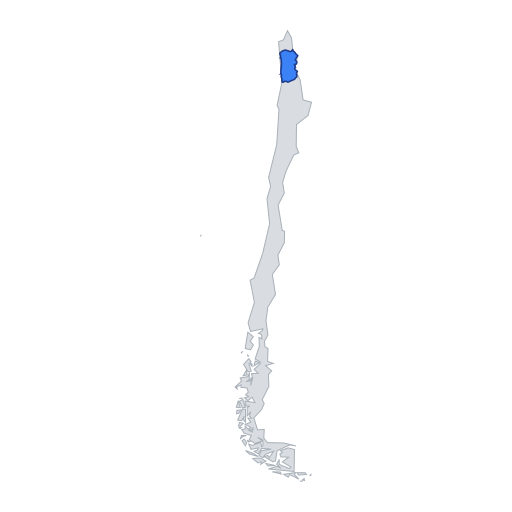 where Tarapacá sits in Chile
{"feature_id": "CHL-2693", "entity_name": "Tarapacá", "entity_type": "Region", "adm_level": 1, "iso_a3": "CHL", "parent_name": "Chile", "parent_adm1": "", "projection": "equal_earth", "projection_center": [-69.568, -20.2], "detail": "fine", "context": "in_parent", "style": "filled", "palette": "blue", "viewbox_px": 512, "rotation_deg": 0, "n_neighbors": 0, "source": "natural_earth", "source_scale": "10m", "svg_char_len": 6231}
<svg xmlns="http://www.w3.org/2000/svg" viewBox="0 0 512 512"><path d="M278.6,41.7L283.4,39.9L287.5,30.7L291.5,37.9L292.8,49.9L297.7,55.9L294.7,68.7L300.2,80.2L303.1,99.9L311.5,102.2L308.1,115.4L296.5,124.5L296.2,146.5L298.7,152.8L293.7,155.1L286.1,171.0L282.6,182.4L284.3,193.0L278.1,205.1L282.2,230.3L284.6,231.3L284.3,242.8L277.9,255.1L279.3,264.9L272.3,274.3L275.5,294.4L267.8,307.2L266.0,320.6L267.9,335.0L264.5,341.1L264.9,346.6L268.0,348.5L267.6,361.4L273.3,363.4L265.5,365.7L271.7,370.8L268.4,374.7L268.9,386.4L262.2,399.7L264.2,403.5L261.6,409.5L253.8,417.9L257.6,429.9L264.2,429.4L263.8,438.2L267.5,442.6L283.7,443.0L295.9,445.9L289.6,445.0L277.1,450.7L275.5,460.9L273.1,461.9L264.2,456.6L267.9,455.4L269.1,457.9L273.6,451.2L265.2,454.4L263.1,457.7L259.0,455.5L261.5,450.7L271.3,449.1L261.6,448.4L258.4,453.8L254.1,451.4L257.4,450.1L258.2,447.9L251.1,449.4L248.7,444.1L252.4,445.3L260.8,442.4L261.5,446.6L263.0,445.5L262.8,439.9L257.6,437.3L262.3,440.9L254.9,443.4L249.3,439.7L251.3,435.4L244.1,433.3L241.7,429.4L245.0,429.2L245.2,426.0L249.5,430.8L252.3,432.0L253.4,427.4L250.9,430.9L249.0,428.6L251.0,427.6L245.3,424.3L250.8,422.2L247.9,418.1L251.7,418.1L249.5,416.2L250.7,411.9L247.2,415.9L247.2,407.4L249.9,406.1L246.0,406.0L245.0,401.0L255.0,402.6L252.1,397.3L247.9,400.7L244.3,397.8L248.6,396.6L245.6,394.9L248.3,392.2L246.9,387.9L241.0,387.4L241.1,384.9L236.5,387.0L237.5,389.5L235.1,387.0L241.5,381.1L240.2,377.9L247.9,376.7L249.5,372.7L249.1,379.9L246.0,381.7L249.6,381.0L251.5,377.2L250.7,385.5L252.7,378.2L251.4,373.6L258.2,373.3L254.1,369.4L260.2,363.8L260.3,362.0L255.1,359.0L259.3,346.3L259.0,337.4L262.1,338.9L261.3,334.3L258.5,333.4L262.5,330.5L262.8,328.8L250.5,331.5L248.1,322.7L254.4,302.4L250.1,280.2L254.1,278.1L262.7,253.3L269.6,223.7L267.0,198.6L270.6,186.5L268.6,177.4L276.7,144.7L279.0,109.4L277.1,105.4L281.9,82.7L278.6,41.7ZM294.5,449.6L294.1,471.5L268.5,469.0L277.2,466.3L281.0,468.3L276.6,464.2L279.2,459.4L279.2,464.4L289.4,468.6L291.1,467.1L282.3,461.9L288.6,457.2L280.8,456.9L279.9,453.9L282.4,452.5L280.4,450.6L288.2,447.9L294.5,449.6ZM250.5,349.8L245.2,348.5L247.8,332.2L253.3,336.7L250.2,341.2L253.4,345.1L250.5,349.8ZM245.5,409.2L245.5,422.3L243.1,419.4L244.3,416.2L241.6,420.7L237.6,420.1L242.6,408.9L245.5,409.2ZM283.7,474.3L295.7,472.5L294.4,474.4L298.8,479.1L289.9,474.6L288.2,477.2L283.7,474.3ZM251.1,361.5L248.9,363.7L251.2,371.2L248.3,371.9L243.6,364.4L248.8,358.7L251.1,361.5ZM260.1,457.9L265.9,461.1L260.7,464.3L261.5,461.7L257.9,462.9L252.7,458.5L260.1,457.9ZM265.9,463.5L275.5,465.5L268.0,466.0L265.9,463.5ZM306.5,474.4L298.7,475.1L296.9,472.7L305.2,472.7L306.5,474.4ZM245.3,407.4L242.3,407.7L239.4,401.3L242.9,399.4L245.3,407.4ZM240.4,407.7L236.3,407.3L238.2,401.2L240.4,407.7ZM259.4,362.8L254.1,365.8L255.2,361.0L259.4,362.8ZM244.2,439.1L246.7,442.6L245.5,445.8L242.0,440.8L244.2,439.1ZM245.5,450.5L254.1,453.8L258.4,456.6L249.2,453.9L245.5,450.5ZM247.2,375.0L243.3,375.6L246.4,370.2L247.2,375.0ZM272.2,471.8L280.2,472.0L281.2,474.0L272.2,471.8ZM240.9,410.0L238.7,413.4L236.6,413.8L236.9,410.2L240.9,410.0ZM243.3,423.4L240.3,426.2L238.6,425.8L239.5,422.4L243.3,423.4ZM246.3,435.5L242.3,436.8L240.4,439.1L241.4,435.5L246.3,435.5ZM240.0,428.5L238.9,427.3L241.4,427.6L240.0,428.5ZM252.1,366.3L250.5,364.4L250.8,363.4L252.0,363.9L252.1,366.3ZM249.9,441.6L248.3,441.9L247.1,440.1L249.9,441.6ZM242.1,398.4L239.2,398.5L242.0,398.0L242.1,398.4ZM304.1,478.6L304.5,480.5L302.6,479.8L304.1,478.6ZM247.5,355.1L249.1,356.2L247.5,355.7L247.5,355.1ZM303.0,481.0L300.5,481.3L300.4,481.1L303.0,481.0ZM310.9,474.5L310.7,475.6L310.0,475.2L310.9,474.5ZM201.5,234.9L200.6,236.0L200.5,235.9L201.5,234.9ZM242.2,351.9L241.6,352.9L241.3,352.3L242.2,351.9Z" fill="#d9dde1" stroke="#a8b0b8" stroke-width="1"/><path d="M292.5,49.6L292.8,49.9L293.0,50.3L293.2,51.0L293.3,51.2L293.5,51.3L293.9,51.5L294.2,51.7L295.2,52.8L295.4,53.1L295.7,53.8L296.0,54.1L296.3,54.2L297.4,55.2L297.6,55.4L297.7,55.7L297.8,55.9L297.7,56.0L297.3,56.3L297.2,56.4L297.0,56.8L296.5,57.6L296.0,58.6L295.8,58.9L295.4,59.3L295.3,59.6L295.3,59.8L295.4,60.0L295.8,60.5L296.1,60.9L296.3,61.0L296.6,61.2L296.7,61.3L296.8,61.5L296.8,61.9L296.8,62.1L296.9,62.3L296.8,62.5L296.6,63.1L296.6,63.3L296.6,63.8L296.4,64.0L296.2,64.0L295.8,64.0L294.6,64.5L294.4,64.7L294.5,64.9L294.8,65.2L295.1,65.3L295.1,65.8L295.0,66.3L295.2,66.7L295.5,67.6L295.0,67.8L294.8,68.0L294.7,68.4L294.7,68.8L294.8,69.2L295.0,69.5L295.3,69.8L295.5,70.0L296.5,70.6L296.9,71.0L297.2,71.1L297.4,71.4L297.4,71.7L296.8,72.4L296.6,72.7L296.5,73.0L296.6,74.6L296.7,75.2L296.9,75.4L296.8,76.6L296.7,77.1L295.8,77.6L295.6,77.7L295.4,77.9L295.3,78.1L294.8,79.0L294.6,79.3L294.4,79.4L291.2,80.7L289.1,81.7L288.1,82.1L287.5,82.1L286.7,81.6L286.5,81.4L285.4,81.4L285.2,81.3L284.9,81.4L284.6,81.3L283.9,81.6L283.6,82.1L283.4,82.2L283.2,82.1L282.9,82.1L282.2,82.1L282.2,81.9L282.1,81.7L282.0,81.4L281.9,81.0L281.8,80.8L281.9,80.7L282.0,80.5L282.0,80.4L282.0,80.0L282.0,79.7L281.9,79.6L282.0,79.4L281.9,79.2L281.8,78.9L281.7,78.5L281.7,78.4L281.6,78.1L281.5,77.9L281.5,77.7L281.4,77.3L281.2,76.8L281.1,76.5L281.1,76.3L281.2,76.1L281.3,75.8L281.5,75.6L281.4,75.2L281.4,74.8L281.3,74.6L281.3,74.4L281.1,74.2L280.9,73.9L280.7,73.9L280.8,73.8L280.9,73.6L280.8,73.2L280.8,72.9L280.9,72.7L280.9,72.1L280.9,71.7L280.8,70.4L280.8,70.2L281.0,69.7L281.1,69.1L281.1,68.8L281.0,68.6L280.9,68.2L280.9,67.9L281.2,67.7L281.3,67.6L281.4,67.2L281.5,66.8L281.2,66.2L281.2,65.9L281.3,65.8L281.3,65.6L281.3,65.2L281.3,64.9L281.5,64.5L281.5,64.2L281.4,64.0L281.4,63.8L281.4,63.7L281.5,63.4L281.5,63.0L281.4,62.6L281.4,62.2L281.3,61.9L281.3,61.7L281.4,61.3L281.2,60.9L281.2,60.6L281.3,59.9L281.3,59.7L281.0,58.9L281.0,58.6L280.9,58.5L280.7,58.3L280.4,58.1L280.7,58.0L280.7,57.8L280.8,57.7L280.8,57.2L280.7,56.7L280.7,56.3L280.5,56.0L280.5,55.6L280.4,55.1L280.1,54.6L280.1,54.4L280.0,54.2L279.9,54.2L280.0,53.8L280.0,53.7L280.0,53.2L280.0,52.9L280.1,52.6L280.7,52.3L281.1,52.0L281.6,51.7L282.1,51.2L282.6,50.9L283.1,50.7L283.7,50.6L284.1,50.3L284.8,50.1L285.5,50.1L286.0,50.1L286.3,50.3L286.7,50.5L287.0,50.6L288.0,50.7L288.6,51.0L289.1,51.2L289.5,51.4L290.1,51.5L290.6,51.6L291.1,51.4L291.7,50.9L291.9,50.5L292.2,50.1L292.5,49.6L292.5,49.6Z" fill="#3b82f6" stroke="#1e3a8a" stroke-width="1.5"/></svg>